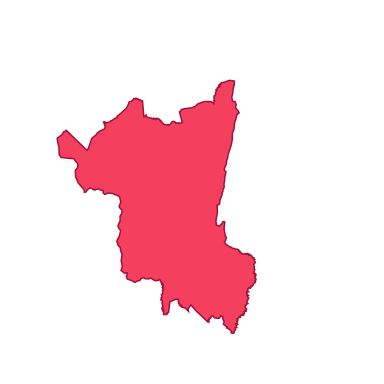 outline of Nong Yai, Chon Buri, Thailand, rotated 47°
{"feature_id": "78962969B4010364825513", "entity_name": "Nong Yai", "entity_type": "district", "adm_level": 2, "iso_a3": "THA", "parent_name": "Thailand", "parent_adm1": "Chon Buri", "projection": "albers", "projection_center": [101.414, 13.153], "detail": "fine", "context": "isolated", "style": "filled", "palette": "rose", "viewbox_px": 384, "rotation_deg": 47, "n_neighbors": 0, "source": "geoboundaries", "source_scale": "gbopen_adm2", "svg_char_len": 6093}
<svg xmlns="http://www.w3.org/2000/svg" viewBox="0 0 384 384"><g transform="rotate(47 192 192)"><path d="M61.0,241.9L61.0,243.7L60.4,245.1L61.2,246.7L61.4,248.3L60.7,253.9L63.1,255.7L68.7,258.9L74.3,263.8L77.6,264.1L87.4,255.5L89.3,256.2L92.7,256.2L94.4,256.9L96.1,259.2L96.5,262.2L97.2,263.1L101.4,266.7L107.6,269.0L117.0,269.4L118.8,271.0L119.7,269.3L119.1,267.3L119.3,264.1L120.8,262.7L122.7,262.7L124.4,261.7L124.2,261.2L126.2,258.0L128.8,257.4L130.0,256.1L131.0,256.4L132.0,257.6L134.0,257.5L134.7,256.9L135.3,254.4L138.6,251.3L145.2,248.3L146.8,248.7L150.7,250.8L153.0,255.3L154.6,255.7L157.3,255.5L159.4,257.3L160.7,261.2L163.9,264.0L166.2,269.1L168.3,270.2L171.1,270.4L172.3,271.5L174.9,275.6L176.2,279.7L177.0,280.7L180.8,282.5L183.2,282.2L187.3,284.8L189.7,285.4L193.8,290.5L199.0,293.9L200.9,297.4L205.4,296.8L206.9,294.6L207.9,295.3L208.9,297.6L211.6,298.7L215.3,296.6L219.1,295.5L220.3,291.4L221.2,290.8L220.6,288.6L221.5,285.8L223.6,285.3L226.1,282.8L227.1,280.6L229.2,280.4L232.2,279.2L232.7,277.9L233.5,277.2L233.8,275.5L234.4,275.4L235.2,275.8L237.7,275.8L237.6,276.3L238.2,276.1L238.3,276.8L239.2,277.0L239.4,276.5L239.7,277.0L240.2,276.4L240.9,276.8L241.2,277.3L240.9,277.7L241.6,277.9L241.6,278.8L242.3,278.6L242.4,279.1L242.7,279.0L242.6,279.5L243.0,279.0L243.2,279.5L244.1,280.1L244.0,280.8L244.5,280.8L246.0,282.4L246.5,283.6L246.1,284.2L247.8,285.0L248.3,285.6L248.3,286.7L248.7,287.2L249.5,287.2L249.7,288.4L250.9,287.8L252.2,288.7L252.8,289.8L255.9,291.2L255.8,291.5L256.5,292.0L256.2,292.4L257.1,292.8L256.5,293.1L257.0,293.7L258.2,294.2L258.9,293.4L259.4,293.7L259.1,294.2L259.6,294.2L259.8,294.7L260.2,294.5L262.2,296.3L264.3,294.2L264.3,293.0L263.4,292.4L264.0,291.2L257.2,283.0L259.2,277.5L260.9,275.2L263.5,277.0L263.4,277.3L265.7,278.1L265.8,277.5L267.4,278.4L268.0,278.0L268.0,277.0L269.2,278.0L272.2,276.1L276.9,275.9L274.9,274.6L273.8,269.8L281.7,270.1L297.5,269.1L297.4,268.8L298.4,268.4L297.2,267.9L297.5,267.6L296.9,267.6L297.0,266.9L296.5,266.2L296.9,266.1L296.6,265.5L297.0,264.7L296.5,264.5L296.7,263.6L295.9,262.8L297.3,261.0L299.3,261.4L302.7,258.7L303.0,257.3L302.0,255.9L303.8,254.4L306.1,256.2L308.7,256.9L310.1,259.2L313.1,258.8L314.5,258.1L314.9,259.3L318.0,258.3L321.2,258.3L321.6,259.4L322.4,259.1L323.5,258.1L323.6,257.1L322.8,256.1L322.2,253.7L320.8,252.9L321.6,251.6L320.3,251.1L320.2,250.4L319.3,250.3L319.5,249.8L319.0,250.2L318.9,249.7L318.3,249.8L318.9,248.7L317.8,248.0L318.0,247.7L317.7,247.7L317.9,247.2L317.5,246.4L316.7,246.5L316.7,245.8L316.1,246.0L315.9,245.5L315.5,245.6L316.1,243.9L315.5,242.9L316.6,242.1L315.9,241.8L315.3,240.8L316.1,240.3L316.0,238.9L316.5,239.1L317.2,238.5L316.0,238.3L316.0,237.7L316.7,237.4L316.7,236.5L315.2,235.4L315.3,234.8L316.1,233.9L315.0,233.4L315.3,232.4L314.7,231.8L314.2,232.1L313.7,231.7L313.1,232.1L312.2,231.8L312.0,230.9L311.4,230.3L311.8,230.0L311.3,228.2L311.8,227.2L310.0,227.2L308.1,222.8L307.6,223.2L306.2,222.2L305.5,222.3L306.1,221.3L304.1,221.4L303.0,220.9L303.2,220.4L302.6,220.0L303.5,218.7L301.9,219.0L301.8,217.7L300.8,217.1L300.8,216.1L302.0,215.1L301.3,214.6L301.3,214.1L301.7,214.0L301.1,213.3L301.9,212.9L301.9,211.7L301.6,211.4L301.8,210.3L301.2,209.9L301.0,208.2L301.3,207.3L301.0,206.8L299.9,206.6L299.9,205.1L298.7,205.0L298.7,204.4L297.7,204.5L296.9,202.8L296.4,203.1L296.2,202.3L295.7,202.5L295.5,201.8L296.0,202.1L295.9,201.5L293.6,202.4L293.6,201.6L293.0,201.7L291.5,198.9L290.5,198.8L289.1,197.2L287.0,196.5L287.1,195.2L286.5,193.5L284.9,193.5L284.3,192.9L284.3,192.1L282.9,192.1L282.7,191.7L282.3,191.7L281.6,192.6L281.2,192.4L281.3,192.1L280.3,192.3L279.7,191.9L278.5,192.1L278.3,192.5L277.4,192.3L277.1,193.6L276.0,193.5L276.0,192.8L274.8,193.2L274.6,194.6L273.8,194.6L273.9,195.5L272.7,196.1L272.3,196.9L271.2,197.6L270.8,197.3L270.4,197.7L269.3,197.5L269.2,197.9L268.9,197.6L267.8,197.9L267.6,197.4L267.0,197.8L266.1,197.3L264.7,197.9L263.2,199.4L262.6,199.4L260.9,200.7L259.1,201.0L257.1,202.1L253.5,202.8L250.7,202.4L250.3,200.4L248.6,197.8L246.5,197.4L240.8,193.7L236.5,188.6L235.3,188.7L234.8,189.5L235.6,192.1L235.5,195.4L232.9,196.7L229.5,194.3L224.4,187.4L218.9,182.7L219.6,180.1L217.0,177.0L214.6,172.0L213.0,170.4L212.9,169.2L211.6,168.2L210.4,165.1L207.9,163.1L205.9,160.3L203.8,158.3L200.5,153.5L200.2,153.2L198.2,153.5L197.5,153.1L196.1,150.8L195.0,147.8L192.8,145.4L191.1,142.3L189.5,140.5L184.3,131.1L181.0,126.6L176.6,122.5L174.9,118.7L170.2,113.4L169.0,110.8L166.4,107.0L166.1,105.7L166.3,103.6L164.7,103.0L160.3,102.7L159.1,101.6L158.5,100.2L155.3,98.8L153.7,100.2L152.7,100.2L149.4,97.8L148.2,95.6L145.1,92.2L142.5,88.2L139.8,85.3L135.9,88.4L133.5,94.0L132.0,95.9L132.5,97.1L132.2,97.8L132.6,97.9L132.3,98.8L132.8,98.8L132.6,99.2L132.9,99.1L133.0,99.5L133.4,99.3L133.2,99.8L133.5,100.1L133.0,100.6L133.8,100.9L133.0,102.3L133.6,103.0L133.5,104.6L133.8,104.9L134.7,104.6L135.3,107.0L136.9,108.3L136.8,109.0L137.3,109.8L136.8,110.1L137.5,111.2L139.0,112.5L140.3,113.0L140.0,113.7L141.0,114.0L141.5,114.6L141.4,115.4L141.9,115.8L140.3,115.9L138.6,116.7L134.2,121.3L131.6,127.4L131.4,131.6L130.1,135.1L126.5,139.8L124.5,143.4L125.0,145.7L124.8,146.5L134.5,151.7L134.1,153.2L132.8,154.2L132.8,154.9L132.4,154.7L130.7,156.5L129.9,156.5L130.0,156.8L127.9,157.2L127.4,157.6L127.1,158.5L127.7,162.4L127.3,163.6L126.4,163.5L125.8,165.0L124.9,165.1L123.0,166.6L120.5,166.2L119.1,166.9L118.5,166.8L118.6,166.4L117.9,166.6L117.1,166.1L115.2,166.8L114.8,167.5L114.6,167.2L114.3,167.5L114.3,168.0L114.1,167.7L113.5,168.2L112.7,170.0L111.9,169.7L111.9,170.6L109.7,171.6L108.7,172.8L106.1,173.8L105.2,173.8L104.4,173.2L104.6,175.4L104.2,175.9L91.5,166.0L91.2,166.7L89.2,167.0L87.9,168.1L87.4,167.9L86.8,168.6L86.0,168.7L85.7,169.4L85.2,169.2L85.2,169.9L84.0,170.6L84.0,171.6L84.5,172.2L84.2,174.7L83.3,176.4L85.4,181.0L86.0,183.3L85.8,193.0L85.4,194.6L86.2,195.8L86.2,196.9L85.6,198.0L85.8,198.4L85.2,199.9L85.4,201.1L84.4,203.2L84.6,204.2L84.3,205.5L82.8,207.2L82.8,207.9L81.1,207.9L80.5,208.9L85.3,211.0L86.2,213.3L84.5,218.0L84.3,220.8L84.8,223.5L84.4,228.6L89.4,238.0L90.0,240.4L61.0,241.9Z" fill="#f43f5e" stroke="#9f1239" stroke-width="1.5"/></g></svg>